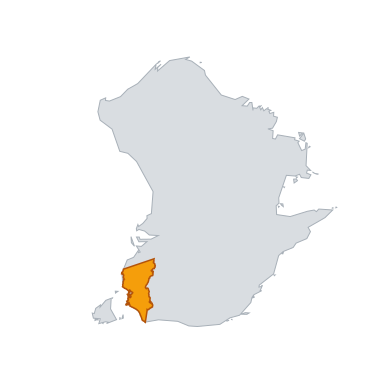 Victoria highlighted on a map of Australia, rotated 72°
{"feature_id": "AUS-2656", "entity_name": "Victoria", "entity_type": "State", "adm_level": 1, "iso_a3": "AUS", "parent_name": "Australia", "parent_adm1": "", "projection": "natural_earth1", "projection_center": [144.983, -36.566], "detail": "fine", "context": "in_parent", "style": "filled", "palette": "amber", "viewbox_px": 384, "rotation_deg": 72, "n_neighbors": 0, "source": "natural_earth", "source_scale": "10m", "svg_char_len": 9143}
<svg xmlns="http://www.w3.org/2000/svg" viewBox="0 0 384 384"><g transform="rotate(72 192 192)"><path d="M257.5,73.5L261.5,92.5L266.3,91.6L271.8,97.2L272.8,108.8L276.0,112.9L276.8,123.7L279.2,129.2L295.1,139.7L301.3,156.8L303.1,157.7L303.4,154.6L306.9,157.7L307.4,156.2L308.8,164.9L310.8,167.5L315.3,170.2L323.9,184.8L323.4,194.6L326.5,206.4L321.6,228.4L318.4,236.4L310.6,245.5L303.2,263.4L301.3,276.8L288.2,280.1L281.7,285.8L277.6,286.3L278.7,289.7L272.4,284.8L273.3,283.7L272.9,282.5L271.7,282.5L269.6,284.5L268.1,283.3L270.6,281.3L269.2,279.8L260.6,287.1L247.2,283.5L236.6,274.6L236.1,267.7L231.2,261.4L233.2,261.6L233.1,259.8L226.1,261.6L228.1,257.0L225.3,250.2L222.9,257.9L217.7,258.7L218.5,256.1L220.9,256.1L224.2,245.5L223.0,237.5L219.7,245.9L214.5,249.1L211.2,254.1L211.8,256.6L209.7,256.3L206.2,253.5L208.3,253.4L206.7,248.5L203.3,242.9L200.6,242.2L200.0,237.3L179.6,228.9L145.9,235.3L135.4,241.0L131.0,248.1L107.5,248.6L95.3,257.2L86.6,256.7L76.4,250.9L75.8,245.0L78.2,246.0L80.0,242.4L79.2,230.5L74.4,221.4L72.1,210.1L59.4,186.6L63.9,189.1L60.9,181.9L63.0,186.1L66.3,187.4L60.1,172.7L62.9,152.3L63.9,157.1L67.4,151.9L80.3,142.6L85.0,143.1L108.8,134.2L117.4,122.4L116.6,114.6L121.2,109.1L125.4,117.7L127.4,112.9L124.7,109.5L125.4,107.4L133.3,108.8L130.8,108.0L132.4,104.6L130.9,101.6L135.1,101.2L133.5,99.0L137.0,98.6L135.8,95.4L138.7,91.8L139.0,93.9L141.4,93.7L141.5,89.6L145.1,91.0L147.3,87.7L151.1,90.0L156.2,95.7L155.4,100.3L158.8,95.9L166.0,98.8L167.4,96.3L164.1,92.9L172.3,77.3L174.0,78.3L176.8,74.4L177.8,76.1L186.5,74.9L186.2,71.1L180.3,68.4L181.3,67.4L202.2,75.4L208.2,72.5L206.8,75.6L209.4,77.2L212.4,73.6L215.2,76.7L212.0,83.6L208.4,84.2L208.6,89.2L205.3,97.1L224.3,111.3L229.5,112.7L231.1,116.2L239.6,118.5L245.7,106.2L246.0,88.1L246.9,81.4L249.1,79.8L247.4,76.7L252.6,63.7L257.5,73.5ZM268.1,301.7L278.1,305.6L290.1,303.2L290.7,313.9L290.0,311.9L288.7,314.2L288.4,321.3L284.2,318.4L281.5,324.8L276.3,324.3L277.4,322.5L272.9,319.5L271.1,314.0L273.1,315.0L268.4,307.4L268.1,301.7ZM170.6,67.5L176.6,67.5L178.4,69.4L174.5,73.3L170.6,67.5ZM215.6,263.8L225.8,263.5L221.5,265.3L215.6,263.8ZM213.8,88.2L215.0,92.1L211.2,91.4L211.8,88.7L213.8,88.2ZM323.4,183.1L323.2,178.7L324.7,175.0L325.3,177.6L323.4,183.1ZM287.3,295.4L290.7,296.3L290.8,297.8L287.3,295.4ZM170.0,68.6L172.1,72.4L168.3,72.2L170.0,68.6ZM264.5,296.0L262.6,295.6L263.6,293.1L264.5,296.0ZM234.1,109.7L232.3,110.9L230.5,111.5L231.4,109.3L234.1,109.7ZM59.3,185.5L57.8,183.4L57.5,181.4L59.3,185.5ZM290.0,299.2L291.3,300.2L288.8,299.4L290.0,299.2ZM310.1,165.4L311.4,165.4L311.4,167.4L310.1,165.4ZM277.3,123.5L278.9,124.7L278.6,125.3L277.3,123.5ZM284.1,322.2L284.2,324.0L282.9,323.4L284.1,322.2ZM325.5,196.3L325.6,198.7L325.4,198.7L325.5,196.3ZM185.8,67.3L184.8,66.3L185.5,65.7L185.8,67.3ZM213.8,67.5L212.3,69.5L214.0,66.1L213.8,67.5ZM325.8,193.4L325.1,194.2L325.5,193.3L325.8,193.4ZM216.3,102.9L215.4,103.3L215.9,102.4L216.3,102.9ZM210.8,88.1L209.7,88.3L210.4,87.1L210.8,88.1ZM71.8,142.7L71.6,144.3L71.1,144.1L71.8,142.7ZM250.8,62.7L250.8,64.1L250.4,63.1L250.8,62.7ZM271.8,283.1L272.0,283.9L271.7,283.7L271.8,283.1ZM211.9,70.0L210.0,71.3L212.0,69.7L211.9,70.0ZM135.8,93.5L135.1,94.4L135.6,93.4L135.8,93.5ZM284.8,321.0L284.1,321.3L284.5,320.7L284.8,321.0ZM233.3,114.3L232.2,114.3L232.7,113.5L233.3,114.3ZM132.0,100.5L131.5,101.0L131.4,99.8L132.0,100.5ZM289.6,317.3L288.7,317.8L289.0,316.8L289.6,317.3ZM251.5,59.2L251.4,60.1L250.8,59.6L251.5,59.2ZM271.3,284.2L272.1,285.0L270.7,284.8L271.3,284.2ZM297.0,139.6L296.3,139.6L296.6,138.6L297.0,139.6ZM302.8,154.5L302.4,154.5L302.7,153.7L302.8,154.5ZM268.5,300.4L268.3,301.1L268.1,300.2L268.5,300.4Z" fill="#d9dde1" stroke="#a8b0b8" stroke-width="1"/><path d="M301.6,276.7L301.4,276.9L301.1,277.0L300.3,277.1L300.4,276.9L300.5,276.8L300.4,276.7L300.3,276.9L299.9,276.7L300.2,277.1L300.2,277.3L300.0,277.6L299.7,278.1L299.3,278.3L299.1,278.5L298.6,278.6L298.5,278.9L297.5,278.9L297.2,279.0L297.0,278.9L296.4,278.9L296.2,278.8L295.9,278.9L294.0,279.0L293.6,279.2L292.8,279.1L290.9,279.2L289.8,279.4L288.4,279.9L287.4,280.5L286.3,281.2L285.1,282.3L283.1,284.3L282.5,285.1L281.8,285.6L281.6,286.0L281.5,285.9L280.6,286.0L280.1,286.0L279.9,286.2L279.4,286.1L279.1,286.2L279.0,286.3L278.8,286.4L278.6,286.1L278.4,286.1L277.8,286.1L277.6,286.2L277.4,286.6L277.6,286.8L277.7,287.1L277.9,287.1L277.9,287.4L278.0,287.5L278.0,287.8L278.6,287.4L278.8,287.4L278.9,287.1L279.1,286.8L279.2,287.0L279.2,287.5L279.3,287.7L279.3,287.9L279.1,288.1L279.0,288.7L279.3,289.0L279.0,289.2L279.0,289.5L278.7,289.6L278.4,289.5L278.3,289.3L278.3,289.2L278.0,288.7L277.9,288.5L277.8,288.0L277.4,287.5L276.8,287.1L276.3,287.2L276.3,287.3L276.2,287.7L275.7,287.8L275.6,287.1L275.3,286.6L274.7,285.8L275.1,286.1L275.3,286.1L275.2,285.9L275.0,285.7L274.5,285.6L274.3,285.7L273.9,285.9L273.7,286.0L273.5,285.8L273.1,285.2L272.7,284.9L272.2,284.8L272.5,284.7L272.6,284.2L272.7,283.9L272.9,284.0L273.1,283.9L273.4,283.6L273.3,283.4L273.2,283.3L273.2,283.0L272.8,282.4L272.6,282.4L272.1,282.4L272.0,282.5L271.8,282.4L271.5,282.5L271.4,282.8L271.4,283.0L271.2,283.2L271.3,283.4L271.3,283.9L270.7,283.8L270.5,284.0L270.3,284.1L270.2,284.2L270.1,284.4L270.2,284.5L269.6,284.5L269.2,284.4L268.2,283.4L267.8,283.2L268.2,283.2L268.5,283.5L269.2,283.5L269.8,283.3L269.9,283.1L270.0,282.8L270.1,282.6L270.6,281.8L270.7,281.6L270.7,281.3L270.6,281.0L270.4,280.8L270.1,280.6L269.9,280.3L269.8,279.8L269.5,279.5L269.3,279.5L269.3,279.8L268.9,279.7L268.8,279.8L268.6,280.1L268.2,280.3L267.8,280.7L267.1,281.0L266.9,281.1L266.9,281.4L266.8,281.5L266.6,281.4L266.4,281.4L266.0,281.4L265.9,281.5L266.0,281.8L266.3,281.8L266.9,282.0L267.2,281.9L267.7,281.6L268.0,281.7L268.1,281.9L268.1,282.3L267.9,282.3L267.8,282.5L267.7,282.7L267.7,282.8L266.9,282.9L266.6,283.0L266.4,282.9L266.1,283.0L265.2,283.7L264.9,283.8L264.7,284.0L264.4,284.1L264.3,284.3L263.9,284.4L263.5,284.8L263.5,285.0L263.2,285.2L262.9,285.7L262.8,285.8L262.6,286.1L261.7,286.3L261.4,286.8L261.1,287.0L260.8,287.3L260.6,287.4L260.1,286.9L259.5,286.6L258.7,286.6L258.4,286.3L258.3,286.2L257.9,285.9L257.6,285.6L256.9,285.5L256.0,285.2L255.7,284.8L255.0,284.3L254.1,283.8L254.0,283.5L253.9,283.6L253.8,283.8L253.4,283.5L252.6,283.5L252.3,283.8L251.9,283.7L251.4,283.5L250.5,282.8L250.2,282.8L250.0,282.7L249.3,282.7L248.7,282.8L248.5,283.0L248.4,283.3L248.6,283.7L248.3,283.7L248.1,283.9L248.0,284.1L247.9,284.0L247.7,283.6L247.2,283.6L247.2,283.8L246.8,283.6L247.0,283.2L246.9,282.9L245.8,282.0L245.3,281.6L244.2,281.1L243.8,248.7L244.0,248.8L244.2,249.2L244.4,249.3L244.9,249.3L245.1,249.4L245.3,249.5L245.6,249.4L246.1,249.7L246.2,250.0L246.6,249.9L247.0,250.2L247.4,250.2L247.5,250.5L248.0,250.2L248.4,249.8L248.9,249.6L249.5,249.9L249.8,249.9L250.0,249.7L250.3,249.8L250.7,249.7L250.8,249.7L251.0,249.9L251.1,250.2L251.4,250.1L251.5,250.1L251.8,250.3L252.0,250.3L252.1,250.6L252.2,251.0L252.5,251.3L252.8,251.5L253.1,251.5L252.9,252.2L253.0,253.1L253.6,253.6L253.6,253.9L253.7,254.1L253.9,254.5L253.9,254.8L254.1,255.0L254.5,255.0L254.6,254.7L255.0,254.6L255.0,254.3L255.2,253.6L255.6,253.4L256.1,253.8L256.2,254.2L256.6,254.0L256.9,254.3L257.0,254.1L257.3,254.3L257.9,254.4L258.5,254.7L258.7,254.8L258.8,255.1L259.1,255.1L259.3,255.2L259.3,255.5L259.2,255.9L259.2,256.2L259.1,256.5L259.4,257.6L259.7,258.3L260.0,258.4L260.5,258.6L260.8,258.8L260.8,259.2L260.7,259.4L260.8,259.6L261.2,259.9L261.7,260.0L262.0,260.1L262.3,260.3L262.8,260.7L263.3,260.9L263.5,261.2L263.9,261.3L264.1,261.4L264.6,262.2L264.8,262.3L265.2,262.7L265.5,262.8L266.2,264.0L266.4,264.3L266.6,264.4L267.3,265.2L267.8,265.4L268.0,265.6L268.2,265.8L268.7,265.8L269.2,265.3L269.6,265.5L269.8,265.4L269.7,265.2L269.5,264.8L269.6,264.3L269.7,263.9L269.9,263.7L270.7,263.5L271.3,263.5L272.0,263.7L272.3,263.7L273.0,263.4L273.3,263.4L273.6,263.5L274.7,264.4L274.9,264.6L275.2,264.6L275.6,264.5L275.9,264.5L276.0,264.5L276.2,264.8L276.7,264.9L276.9,265.0L277.3,265.0L277.7,265.2L277.9,265.0L278.7,265.1L278.8,265.1L279.1,264.6L279.3,264.6L279.5,264.5L279.8,264.7L280.3,264.7L280.7,265.0L281.1,265.1L281.5,265.3L281.7,265.5L281.9,265.4L282.3,265.6L282.5,265.5L282.7,265.4L283.0,265.6L283.0,266.1L283.0,266.3L283.4,266.6L283.9,266.5L283.9,266.4L283.5,266.3L283.3,266.0L283.2,265.5L283.3,265.3L283.6,265.0L283.9,265.2L284.4,265.1L284.7,265.1L284.9,265.3L285.0,264.8L285.2,264.6L285.3,264.4L285.6,264.4L285.8,264.3L286.0,264.4L286.2,264.6L286.3,264.7L287.3,264.2L288.3,264.7L288.5,264.8L288.7,265.1L289.1,265.2L289.1,265.3L289.0,265.6L289.1,265.8L289.3,265.9L289.4,266.1L289.3,266.6L289.6,267.4L289.6,267.5L289.5,267.8L289.5,268.0L289.9,268.4L290.0,268.7L290.0,269.2L290.1,269.3L290.3,269.4L290.4,269.6L290.4,270.1L289.8,271.0L290.4,271.1L301.6,276.7ZM272.7,283.1L272.8,283.2L273.0,283.5L272.5,283.6L272.1,284.0L271.7,283.8L271.6,283.4L271.8,283.2L271.7,283.0L271.8,282.9L272.2,283.1L272.7,283.1ZM271.9,284.6L272.1,284.6L272.2,284.9L272.1,285.1L271.9,284.9L271.6,284.7L271.3,284.7L271.2,284.8L271.0,284.7L270.6,284.8L271.1,284.3L271.7,284.2L271.9,284.3L271.9,284.5L271.9,284.6ZM280.0,286.5L280.4,286.6L279.9,286.7L279.8,286.9L279.6,286.9L279.4,286.7L279.2,286.5L279.6,286.6L280.0,286.5Z" fill="#f59e0b" stroke="#b45309" stroke-width="1.5"/></g></svg>